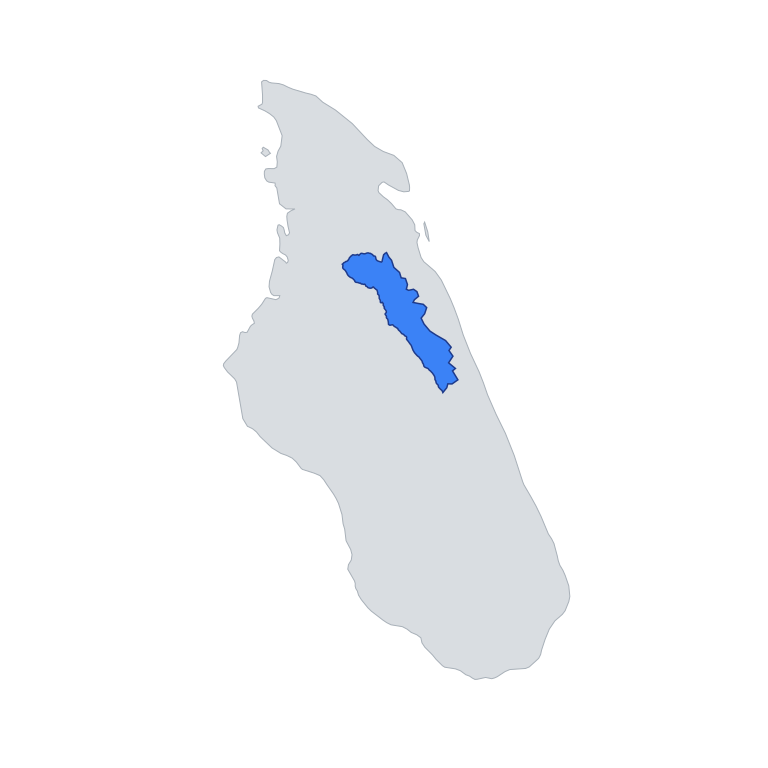 Madagascar, with Alaotra-Mangoro highlighted, rotated 320°
{"feature_id": "MDG-5860", "entity_name": "Alaotra-Mangoro", "entity_type": "Autonomous Province", "adm_level": 1, "iso_a3": "MDG", "parent_name": "Madagascar", "parent_adm1": "", "projection": "albers", "projection_center": [48.177, -18.018], "detail": "fine", "context": "in_parent", "style": "filled", "palette": "blue", "viewbox_px": 768, "rotation_deg": 320, "n_neighbors": 0, "source": "natural_earth", "source_scale": "10m", "svg_char_len": 8487}
<svg xmlns="http://www.w3.org/2000/svg" viewBox="0 0 768 768"><g transform="rotate(320 384 384)"><path d="M499.2,90.2L501.3,95.0L503.7,99.6L511.1,110.8L514.3,115.1L517.0,119.6L518.2,128.7L522.9,142.9L527.1,164.2L528.3,186.0L529.5,196.0L532.9,205.4L538.5,215.2L540.2,226.1L536.6,237.3L531.4,247.8L530.1,249.7L527.7,252.4L526.7,252.3L522.7,249.5L519.5,245.0L515.4,234.5L513.9,229.2L512.2,228.3L507.3,228.7L503.8,232.0L503.1,234.1L503.8,240.0L505.1,245.3L505.7,250.7L505.7,257.5L507.0,259.6L508.9,261.4L510.9,265.8L511.1,276.4L509.9,281.8L506.4,286.4L506.6,288.9L507.8,291.5L506.6,293.1L502.1,295.1L500.2,296.8L497.7,301.5L493.7,311.0L493.1,315.9L495.5,330.7L494.7,341.3L489.6,361.4L486.6,370.9L482.5,382.3L476.2,397.4L469.9,416.2L464.7,435.7L460.8,447.3L456.4,458.8L450.4,479.2L445.3,499.8L437.8,522.5L427.5,547.8L426.4,551.1L424.2,564.0L422.0,575.2L419.2,586.3L413.5,604.6L412.9,610.2L411.6,615.6L406.2,627.1L403.9,631.4L402.2,635.9L401.3,641.7L399.7,647.2L395.8,657.4L389.8,666.2L385.8,669.4L377.0,674.1L372.6,675.1L362.7,675.3L353.1,678.0L343.2,683.2L333.7,689.1L330.1,691.9L326.1,693.6L313.4,694.1L309.6,692.9L296.8,683.6L291.8,682.1L282.5,681.0L279.7,680.2L277.1,679.0L273.2,674.1L265.6,670.1L263.8,668.8L262.6,665.9L261.8,662.8L259.8,659.3L258.2,652.7L255.6,648.1L248.5,640.0L247.7,637.4L246.9,628.6L247.0,622.7L246.1,611.9L246.7,606.7L249.1,602.1L247.9,597.1L245.2,591.9L244.1,586.6L242.1,581.7L234.6,573.0L232.7,568.6L231.4,564.1L228.3,550.0L227.8,545.1L228.0,534.7L228.8,529.3L230.5,525.5L230.9,522.7L232.0,520.3L233.7,518.4L234.8,516.0L237.2,502.6L240.6,499.6L245.8,497.8L249.8,494.2L252.1,489.4L254.2,479.7L260.6,469.9L262.8,464.8L267.9,457.0L272.4,446.2L273.7,441.1L274.6,435.8L275.6,424.4L276.3,418.7L276.1,413.1L273.2,407.4L266.6,397.0L266.3,395.1L266.7,387.3L266.0,381.7L263.5,376.1L260.4,370.9L257.1,361.0L255.3,344.7L255.5,338.8L254.5,333.6L252.2,328.6L253.6,319.8L272.3,287.7L272.9,284.0L271.9,274.3L272.2,268.7L272.8,266.6L274.3,265.4L277.6,264.7L293.4,263.0L295.4,262.0L299.3,259.3L304.6,254.0L307.1,252.5L309.2,253.0L310.6,255.2L312.4,256.4L318.8,253.9L321.2,253.8L323.7,254.2L324.9,252.0L325.5,249.1L326.4,247.1L328.1,245.9L336.3,245.2L341.6,244.3L348.3,242.2L349.8,242.6L355.3,249.8L357.0,250.4L359.1,250.6L361.0,249.3L356.5,245.6L355.8,243.4L356.0,241.0L358.4,235.7L362.3,231.7L371.1,225.6L380.3,218.5L382.9,218.0L385.2,219.1L387.0,227.3L386.8,228.7L388.3,228.9L390.0,227.9L391.5,224.5L391.5,221.8L390.3,219.1L389.7,216.9L389.6,214.8L394.2,209.9L397.9,205.2L399.6,199.7L401.1,197.1L404.9,194.2L406.1,194.6L407.0,197.0L407.5,199.5L406.5,201.9L405.1,204.4L404.5,207.6L406.7,208.3L408.8,207.5L411.8,201.6L415.2,196.0L417.3,193.1L419.8,191.1L424.1,191.5L428.3,192.7L421.5,186.9L419.8,178.8L427.9,164.9L428.0,162.0L429.1,161.1L429.7,160.0L425.5,155.3L424.7,153.0L425.2,149.5L427.2,146.3L429.1,144.2L431.7,143.3L433.7,144.5L438.3,148.4L441.3,149.0L445.0,145.3L448.0,140.6L452.6,137.5L457.8,135.5L465.6,128.3L470.8,113.1L471.2,108.6L470.1,103.3L468.3,98.1L465.3,91.8L466.1,90.3L470.4,91.2L471.9,90.3L476.6,84.7L484.4,73.9L486.9,74.0L489.1,76.0L489.9,78.9L491.4,81.1L496.6,86.3L499.2,90.2ZM445.2,132.6L445.3,134.3L439.4,133.6L438.4,127.9L441.3,127.7L442.0,125.3L443.7,125.0L445.6,130.2L445.2,132.6ZM515.3,295.6L510.2,304.0L511.7,297.0L517.5,286.9L519.2,286.1L515.3,295.6Z" fill="#d9dde1" stroke="#a8b0b8" stroke-width="1"/><path d="M424.7,419.1L424.6,418.2L424.6,417.1L424.7,416.8L424.8,416.5L425.4,415.4L425.7,414.8L425.8,414.3L425.8,413.7L425.9,413.4L426.0,413.2L426.6,412.5L427.4,411.3L427.5,410.9L427.6,410.6L427.8,409.9L428.1,406.9L428.1,406.3L428.0,405.4L428.0,403.8L427.7,403.1L427.7,402.8L427.6,402.3L427.7,401.0L427.7,400.6L427.6,400.3L426.2,397.6L426.1,397.2L426.0,396.6L426.0,396.2L426.1,395.9L426.8,394.4L427.0,393.8L427.1,393.4L427.1,392.8L427.1,392.5L427.2,392.2L427.5,391.9L427.6,391.5L427.8,391.1L427.9,390.6L428.0,388.4L428.0,387.4L428.1,385.8L428.1,385.5L427.7,384.3L427.6,383.2L427.5,379.6L428.0,376.6L429.5,372.4L429.7,371.6L429.7,371.0L429.7,370.4L430.0,366.5L430.0,364.9L430.0,364.5L430.1,364.2L430.4,363.7L431.1,363.1L431.3,362.9L431.5,362.5L431.6,362.2L431.5,361.8L431.5,361.6L431.4,361.4L431.0,360.8L430.9,360.5L430.9,360.0L430.9,358.8L430.8,358.4L430.2,357.2L430.0,356.9L430.0,356.5L430.1,353.7L430.0,353.4L429.9,352.6L429.8,351.7L429.9,351.2L430.0,350.8L430.2,350.4L430.2,350.1L430.1,349.9L429.9,349.4L429.7,349.0L429.5,347.9L429.3,347.4L429.0,346.8L428.9,346.6L428.8,344.5L428.7,344.3L428.6,344.1L428.4,344.0L428.2,343.8L427.6,343.5L427.2,343.3L427.0,343.2L426.4,342.8L426.2,342.6L426.1,342.4L426.0,342.2L425.8,341.2L427.2,339.2L428.4,337.0L428.5,336.5L428.4,335.9L428.4,335.6L428.4,335.0L428.5,334.7L429.1,334.0L429.4,333.6L429.5,333.3L429.6,333.0L429.6,332.3L429.6,331.7L429.7,331.3L429.9,331.1L430.0,331.0L430.1,330.9L430.3,330.9L430.6,330.8L430.8,330.8L431.1,330.8L431.4,330.8L431.7,330.7L432.2,330.2L432.4,329.9L432.6,329.6L432.8,328.2L432.8,326.5L433.0,325.8L433.2,325.6L433.7,325.4L433.8,325.2L433.9,324.9L433.9,323.9L434.0,323.3L434.1,323.0L434.3,322.8L434.8,322.4L435.1,322.1L435.1,321.9L435.1,321.3L435.2,320.8L435.2,320.5L435.2,320.3L435.0,320.2L434.2,320.1L434.0,319.9L433.8,319.7L433.8,319.2L433.8,318.9L433.9,318.7L434.5,318.2L434.7,317.9L434.9,317.6L435.3,315.6L435.4,315.3L435.6,315.0L436.0,314.6L436.3,314.2L436.9,313.3L437.1,312.9L437.2,312.5L437.0,311.7L437.0,311.2L437.0,310.9L437.2,310.7L437.5,310.4L437.8,310.1L438.7,308.3L438.9,307.7L439.0,307.3L438.9,307.0L438.8,306.8L438.7,306.5L438.6,306.2L438.6,305.5L438.5,305.2L438.4,304.9L438.3,304.6L438.3,304.2L438.3,303.4L438.3,303.0L438.1,302.7L437.9,302.6L437.3,302.6L436.8,302.6L436.5,302.6L436.2,302.5L436.0,302.4L435.2,301.9L434.6,301.3L433.6,299.8L433.6,299.6L433.6,298.5L433.4,298.0L433.3,297.7L433.1,297.5L433.0,297.3L433.5,295.8L433.5,295.4L433.4,295.1L432.8,294.8L432.6,294.7L432.4,294.5L432.2,294.4L432.1,294.2L431.9,293.8L431.8,293.6L431.6,293.4L431.3,293.2L431.1,293.0L430.9,292.7L430.8,291.9L430.7,291.6L430.6,291.4L430.4,291.3L430.1,291.0L429.9,290.8L429.8,290.6L429.7,290.4L429.5,290.0L429.4,289.8L429.3,289.6L429.1,289.4L428.8,289.1L428.2,288.4L427.9,288.1L427.7,287.5L427.6,287.0L427.6,286.7L427.8,286.4L428.0,286.0L428.0,285.7L427.9,284.0L427.8,282.8L427.6,282.3L427.4,281.9L426.8,280.7L426.7,280.4L426.3,278.3L426.3,277.4L426.5,276.3L426.5,276.0L426.8,275.3L426.9,275.0L427.3,272.3L427.3,271.8L427.2,271.3L426.9,269.7L426.9,269.3L426.9,269.0L427.2,268.3L427.5,267.9L427.8,267.6L428.4,267.2L428.7,266.9L428.8,266.5L428.9,266.2L428.9,265.7L429.0,265.4L429.4,265.4L429.7,265.6L429.9,265.6L430.1,265.6L430.3,265.5L430.7,265.3L430.9,265.3L431.1,265.3L431.4,265.3L431.8,265.5L432.3,265.6L432.8,265.6L433.1,265.6L433.4,265.6L433.6,265.7L434.0,266.0L434.5,266.1L435.6,266.2L435.9,266.2L436.1,266.1L436.3,266.0L436.5,265.9L436.8,265.8L437.5,265.7L437.8,265.6L438.4,265.2L438.6,265.1L440.8,264.8L441.3,264.8L441.5,264.9L441.8,264.9L442.1,264.9L442.6,264.8L442.8,264.8L443.0,264.9L443.2,265.0L443.7,265.5L444.4,266.4L444.5,266.5L445.1,266.9L445.5,267.2L445.7,267.3L445.9,267.4L446.7,267.6L446.9,267.7L447.1,267.9L447.1,268.1L447.2,269.0L447.3,269.2L447.4,269.4L447.6,269.4L448.0,269.2L448.3,269.2L448.9,269.2L449.9,269.1L450.2,269.1L450.4,269.2L450.7,269.4L451.2,269.9L452.4,271.5L453.2,272.0L453.6,272.2L454.6,272.5L455.5,272.9L456.2,273.5L456.5,273.8L456.6,274.0L456.8,274.5L457.1,274.8L457.4,275.1L457.6,275.2L457.7,275.4L457.8,276.1L457.9,276.3L458.1,276.7L458.2,276.9L458.3,277.2L458.4,278.3L458.3,278.8L458.4,279.1L458.4,279.3L458.6,279.5L459.2,280.1L459.3,280.3L459.3,280.6L459.3,280.8L459.3,281.1L459.1,281.5L458.4,282.7L458.2,283.2L458.0,283.7L458.0,284.0L458.0,284.6L458.1,285.1L458.3,285.6L458.7,286.4L460.1,288.6L460.4,288.9L460.7,288.9L460.9,288.9L461.2,288.9L461.4,288.8L461.8,288.5L462.1,288.2L463.0,287.5L466.7,284.8L466.9,284.7L467.2,284.7L467.4,284.7L468.0,284.7L468.7,284.6L469.0,284.6L469.9,284.9L470.1,285.0L470.4,285.0L469.3,290.0L469.3,294.1L466.5,301.0L467.6,308.5L465.4,313.7L468.2,317.0L465.9,322.9L462.0,325.8L463.1,328.1L467.5,330.4L468.6,334.4L466.9,339.0L461.4,339.0L458.7,340.2L461.4,343.6L465.3,348.2L465.8,352.9L460.3,356.3L454.8,357.4L453.2,363.8L453.2,373.0L455.3,379.9L459.1,390.3L459.1,399.0L455.3,400.1L454.7,407.0L447.1,409.3L448.7,418.0L444.9,418.0L443.3,428.3L436.2,427.7L433.0,424.9L429.7,427.2L423.6,428.4L424.0,427.3L424.2,426.1L424.2,425.9L424.1,425.5L424.0,425.1L423.9,424.5L423.8,421.7L423.9,421.2L424.0,420.9L424.5,420.2L424.7,419.8L424.7,419.4L424.7,419.1Z" fill="#3b82f6" stroke="#1e3a8a" stroke-width="1.5"/></g></svg>